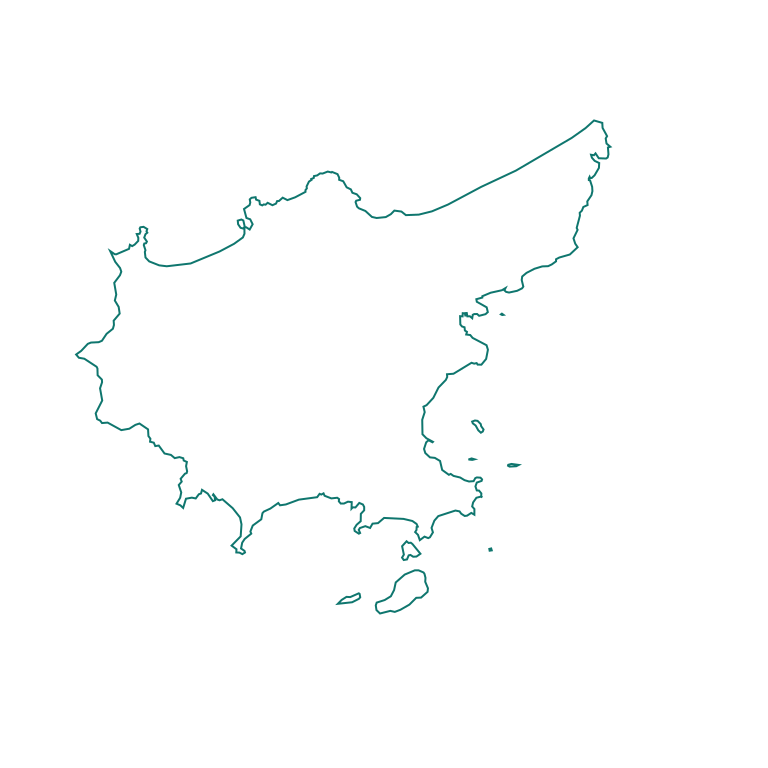 Thalang, Phuket, Thailand (orthographic projection), rotated 73°
{"feature_id": "78962969B19426862373274", "entity_name": "Thalang", "entity_type": "district", "adm_level": 2, "iso_a3": "THA", "parent_name": "Thailand", "parent_adm1": "Phuket", "projection": "orthographic", "projection_center": [98.366, 8.071], "detail": "fine", "context": "isolated", "style": "outline", "palette": "teal", "viewbox_px": 768, "rotation_deg": 73, "n_neighbors": 0, "source": "geoboundaries", "source_scale": "gbopen_adm2", "svg_char_len": 6171}
<svg xmlns="http://www.w3.org/2000/svg" viewBox="0 0 768 768"><g transform="rotate(73 384 384)"><path d="M338.9,665.1L340.1,659.6L351.3,648.7L352.3,640.6L350.4,633.7L350.3,629.4L358.4,622.9L364.9,624.5L368.0,623.4L370.8,624.6L372.8,621.3L376.5,620.9L377.0,617.4L386.3,614.2L389.5,608.5L393.7,605.8L394.1,601.0L396.3,597.7L398.6,597.9L400.9,595.3L404.7,597.3L410.0,597.8L411.5,598.8L411.6,600.6L415.2,606.2L418.2,606.0L420.6,609.8L428.4,609.6L433.2,612.2L437.8,617.4L440.5,614.2L443.8,612.3L435.8,606.9L436.5,601.0L438.4,597.5L435.3,593.3L435.2,591.0L432.0,589.0L437.3,584.6L446.0,581.9L445.8,579.5L442.1,578.9L440.2,580.1L439.6,579.4L445.7,577.2L447.1,575.3L447.0,572.2L458.5,565.0L469.5,560.7L476.5,561.3L487.8,565.6L494.0,577.0L498.9,573.4L501.9,574.5L503.0,571.5L505.3,569.2L504.5,566.2L502.8,566.2L499.5,568.8L494.3,566.0L491.5,562.6L488.3,554.7L486.0,554.9L481.0,550.9L477.5,540.9L472.0,538.0L470.9,536.2L469.9,529.1L466.9,519.9L469.6,518.9L470.5,513.1L469.7,499.2L472.7,481.0L470.2,477.7L471.4,476.3L470.9,473.8L473.5,473.5L478.0,467.8L479.1,462.0L480.9,460.6L483.0,461.5L485.7,460.3L486.6,457.2L486.0,452.9L487.5,449.4L493.7,451.5L492.8,450.0L493.7,447.4L490.5,442.4L493.1,439.4L495.8,438.9L499.0,439.9L501.4,444.1L508.4,446.4L510.6,451.3L513.5,454.7L516.0,455.0L519.8,451.8L519.5,450.4L516.1,450.8L514.7,449.2L514.5,443.4L517.6,439.4L514.2,435.8L515.3,430.4L512.1,423.1L518.7,404.8L523.3,396.9L527.3,393.8L530.3,393.4L530.3,394.6L533.1,395.6L534.7,397.5L538.2,395.6L543.8,395.4L541.8,389.9L544.3,386.8L544.0,384.9L540.2,380.6L535.5,380.6L529.4,375.8L526.2,370.7L525.9,352.7L527.9,349.0L530.6,348.1L533.8,345.4L534.2,343.0L532.8,338.2L535.4,335.8L530.0,334.1L526.9,335.5L523.3,333.4L519.8,328.9L520.0,324.4L521.1,323.3L519.6,323.8L517.1,322.9L513.7,324.3L512.9,326.4L508.7,326.5L505.4,324.1L505.2,319.0L503.9,318.1L501.8,319.1L500.5,322.5L500.7,324.2L503.1,326.7L502.1,331.2L499.5,335.1L495.7,338.5L492.2,344.4L489.5,346.5L489.8,348.5L483.2,353.5L474.0,352.9L469.5,357.0L467.6,361.5L462.1,364.7L457.8,364.7L452.1,360.7L450.8,357.8L453.9,354.7L453.6,354.1L448.3,359.3L443.3,361.9L429.4,357.9L422.8,353.3L417.2,352.9L416.7,349.5L411.7,340.9L403.3,332.9L398.2,323.7L395.8,321.5L393.1,320.9L394.5,314.5L389.3,294.1L390.9,291.8L391.1,289.3L392.8,288.8L394.0,285.2L389.9,279.0L381.6,274.6L376.9,274.6L365.8,285.8L362.4,287.2L360.7,290.9L358.4,289.4L356.5,291.0L353.3,290.4L351.8,292.6L349.4,293.6L341.4,291.4L342.3,289.1L339.3,288.0L340.1,286.0L343.2,286.3L340.0,285.4L340.3,284.1L343.7,284.5L344.3,282.1L346.9,280.4L343.8,278.9L343.5,277.3L344.3,274.5L346.6,273.1L346.9,266.5L345.6,263.7L340.7,263.4L332.5,271.2L329.9,270.9L330.1,264.7L328.8,264.3L327.9,255.3L328.8,243.8L327.8,239.8L329.6,241.5L331.6,240.3L333.1,237.7L333.8,229.4L332.9,224.0L331.6,222.3L324.8,221.9L321.6,220.4L319.4,215.2L317.8,206.4L317.8,198.3L319.3,192.6L318.7,188.6L317.0,183.6L315.0,183.0L314.3,179.4L314.5,168.4L309.8,158.8L305.7,160.1L300.1,160.2L293.2,153.8L291.1,154.1L280.3,147.4L277.5,146.8L276.1,144.1L273.0,141.6L272.4,137.0L268.8,136.2L264.1,130.4L260.5,128.3L256.3,127.3L249.6,127.4L248.9,128.5L247.4,128.1L246.0,126.8L247.4,126.7L247.7,125.1L246.0,121.6L240.2,115.3L235.6,113.6L232.2,117.3L228.4,119.0L225.3,119.0L226.6,116.3L225.3,114.3L230.9,112.6L233.3,105.7L232.8,103.9L230.0,102.2L223.3,100.7L223.3,98.2L219.1,100.9L214.0,100.2L212.2,98.2L203.0,100.1L198.1,98.9L193.4,106.1L198.2,116.4L203.5,132.4L218.5,195.5L223.9,233.4L231.1,270.3L232.9,287.7L232.2,301.2L228.9,313.7L224.2,316.9L221.2,323.4L223.6,327.8L224.9,333.5L223.1,342.5L220.7,346.7L213.1,351.2L208.6,356.7L206.5,357.9L201.7,358.0L200.6,357.0L200.8,353.1L199.3,352.4L194.6,354.6L191.9,358.3L188.2,358.8L185.0,362.2L178.2,363.7L175.6,367.2L173.6,366.5L169.7,367.1L166.0,371.7L166.3,372.5L164.4,375.7L164.8,381.1L163.9,383.6L165.0,386.9L164.7,390.2L166.4,390.9L166.7,393.7L167.6,393.6L168.5,396.6L172.5,400.3L174.4,400.6L175.6,402.4L177.3,402.9L179.5,414.4L179.9,422.6L176.2,426.4L178.3,431.0L177.8,432.7L179.9,434.5L180.4,438.4L176.7,442.3L177.9,444.8L177.1,446.5L177.6,448.2L175.9,450.2L172.4,449.6L170.3,452.4L167.8,452.2L167.2,456.3L168.2,458.4L171.3,458.8L173.6,460.2L175.7,466.7L185.0,467.0L187.4,463.8L192.8,462.9L197.0,467.3L193.8,470.0L193.4,471.7L199.5,473.5L202.6,476.1L206.1,486.4L209.2,502.5L212.2,533.7L207.9,557.3L204.8,564.3L198.1,572.7L193.3,575.1L187.8,574.1L186.3,573.0L180.9,573.1L179.6,572.2L179.8,570.4L178.5,569.1L173.9,570.5L171.0,568.3L170.1,566.1L168.6,566.5L166.6,565.1L163.4,568.0L162.9,571.2L163.9,572.2L167.1,572.3L168.9,573.8L168.3,576.6L172.4,576.2L175.3,577.2L177.8,581.7L178.5,584.5L176.6,586.3L180.2,588.3L181.7,602.2L181.1,603.6L176.8,607.0L188.6,605.3L195.9,602.5L199.8,602.4L202.8,604.7L208.4,612.4L220.2,613.9L225.5,617.0L232.7,615.2L239.4,616.2L244.4,624.0L248.6,625.0L251.9,627.1L254.9,634.6L260.2,641.1L260.6,644.6L258.7,652.1L259.0,655.5L263.8,663.9L265.8,669.8L269.7,668.1L272.2,663.2L283.5,653.8L285.4,653.5L291.9,655.3L297.3,652.5L299.9,653.1L305.1,656.8L317.4,658.3L327.8,668.3L333.7,668.6L336.1,666.1L338.9,665.1ZM585.2,402.4L581.5,401.0L577.4,400.8L575.8,401.3L572.3,405.4L571.2,409.1L572.3,419.9L577.2,430.8L584.0,434.6L589.0,439.5L590.8,446.5L590.9,454.9L593.3,456.6L598.0,457.3L602.3,454.9L602.8,444.3L605.1,440.3L604.7,434.3L602.4,424.2L597.9,415.7L599.1,411.0L595.5,403.1L592.2,401.7L585.2,402.4ZM558.5,413.3L555.1,410.5L555.2,408.7L557.7,406.6L558.5,403.4L557.0,398.8L545.3,403.6L543.6,404.8L543.2,407.0L541.0,408.4L544.4,414.1L553.0,414.9L555.3,417.5L558.1,416.6L558.5,413.3ZM581.0,469.1L577.6,468.7L576.8,469.3L577.9,478.6L576.6,482.1L578.1,487.6L580.7,492.4L583.4,478.3L582.1,470.8L581.0,469.1ZM458.3,303.4L456.6,302.1L452.8,303.4L450.6,303.2L446.6,305.3L445.5,307.7L445.7,310.7L447.6,310.6L450.5,308.5L455.8,307.4L458.9,305.6L458.3,303.4ZM193.0,471.2L186.5,470.7L185.0,472.3L185.0,476.1L188.6,476.8L192.7,475.5L194.1,473.3L193.0,471.2ZM498.4,289.3L499.7,288.1L501.3,281.6L500.8,278.8L497.7,285.5L497.6,288.8L498.4,289.3ZM574.3,331.7L574.6,329.6L572.6,329.6L572.5,331.5L574.3,331.7ZM482.5,319.4L480.8,322.0L480.9,325.3L482.4,321.7L482.5,319.4ZM351.6,251.8L352.6,250.8L352.8,249.5L351.2,250.7L351.6,251.8Z" fill="none" stroke="#0f766e" stroke-width="2"/></g></svg>